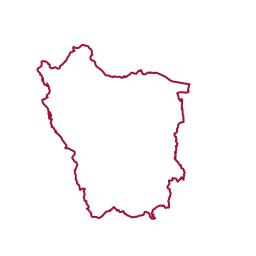 Barsesti, Vrancea, Romania (Mercator projection), rotated 161°
{"feature_id": "2599482B14345324048556", "entity_name": "Barsesti", "entity_type": "district", "adm_level": 2, "iso_a3": "ROU", "parent_name": "Romania", "parent_adm1": "Vrancea", "projection": "mercator", "projection_center": [26.754, 45.917], "detail": "fine", "context": "isolated", "style": "outline", "palette": "rose", "viewbox_px": 256, "rotation_deg": 161, "n_neighbors": 0, "source": "geoboundaries", "source_scale": "gbopen_adm2", "svg_char_len": 5831}
<svg xmlns="http://www.w3.org/2000/svg" viewBox="0 0 256 256"><g transform="rotate(161 128 128)"><path d="M190.4,214.4L193.2,213.8L194.5,213.0L194.7,212.4L194.7,211.5L194.2,210.1L193.2,208.3L193.7,207.1L192.8,206.5L192.7,205.6L192.6,204.8L192.8,204.3L192.6,204.0L192.3,202.2L192.5,201.5L192.9,201.0L193.5,201.3L193.5,200.1L193.2,199.9L192.9,199.2L193.0,197.6L192.8,197.2L192.8,196.2L191.1,195.0L191.0,194.2L190.5,193.8L190.0,194.4L190.0,195.3L189.9,195.6L189.6,194.8L189.6,191.7L190.0,190.7L189.7,189.4L189.8,188.8L191.1,186.7L194.1,185.4L194.6,184.3L194.1,183.3L197.8,182.3L198.7,182.7L199.9,182.5L200.3,180.0L200.2,178.6L197.5,173.1L197.5,171.7L197.8,169.6L197.7,168.9L196.9,168.7L196.8,168.1L197.0,167.9L198.0,168.2L198.7,167.5L198.5,166.9L197.1,166.6L196.6,166.3L196.5,166.1L196.4,165.1L197.0,164.4L198.4,165.5L198.6,165.5L199.3,163.9L199.2,162.2L198.8,162.3L198.8,162.7L198.5,163.0L198.3,163.0L198.2,162.5L198.5,162.1L197.7,162.1L197.1,161.1L197.7,160.2L198.9,159.1L198.9,158.4L199.6,157.3L199.3,156.2L199.3,155.4L199.1,154.7L199.8,153.9L199.5,153.4L198.6,153.0L198.2,152.1L198.0,150.4L197.5,149.4L198.1,148.0L197.7,147.4L197.7,147.9L197.1,147.9L197.2,146.5L195.8,144.6L195.5,143.2L194.8,142.3L194.2,141.0L194.3,139.8L193.9,139.0L194.0,137.6L193.5,136.8L192.9,134.5L191.9,132.2L191.8,131.7L192.1,131.1L192.8,130.1L193.7,129.7L193.7,129.3L192.7,128.7L191.4,128.4L190.8,128.0L186.3,123.0L186.7,121.0L188.2,119.7L189.2,119.2L190.2,118.4L190.4,118.0L190.2,116.6L189.5,114.5L189.6,114.0L188.0,112.3L188.2,111.7L187.9,111.2L188.0,109.4L189.6,107.8L190.1,106.9L192.1,105.4L191.9,105.1L192.0,104.6L192.9,102.6L192.8,100.1L194.1,96.7L193.9,95.7L193.9,94.6L193.7,93.8L193.7,93.3L194.2,92.3L194.1,91.8L192.9,89.8L192.9,89.4L193.4,86.2L193.4,85.1L192.3,85.4L190.5,85.4L190.0,85.3L188.7,84.5L189.4,83.5L190.5,82.7L190.3,79.7L190.7,79.0L191.3,78.6L191.6,77.9L192.4,77.2L192.4,74.8L192.8,73.5L191.1,72.1L191.9,70.6L191.9,70.1L190.9,67.3L191.0,65.6L193.0,65.0L191.7,62.7L191.3,61.1L190.7,60.0L190.6,59.0L191.1,58.0L191.3,56.8L190.8,55.8L190.3,55.3L189.1,55.1L186.9,54.2L185.1,52.4L183.3,52.4L182.0,53.0L181.0,53.0L180.1,53.7L176.7,55.6L175.1,55.9L171.9,55.5L171.7,56.2L171.5,56.3L170.2,56.2L169.7,56.7L167.3,57.8L166.6,57.1L166.2,55.7L165.7,55.2L165.3,53.5L164.8,53.3L164.4,53.7L163.9,53.7L163.4,53.0L163.3,51.5L162.6,51.0L161.0,50.7L159.9,51.1L159.5,50.8L159.3,50.6L159.2,48.4L159.1,48.0L158.0,47.4L157.6,46.2L157.3,45.8L155.6,44.5L153.7,42.5L151.6,41.9L149.5,41.6L148.7,41.2L145.1,41.4L144.0,40.9L142.6,41.0L141.9,40.8L141.0,41.3L139.6,43.1L138.8,43.1L135.9,40.7L135.8,40.3L135.8,38.9L136.1,37.4L136.1,36.8L135.7,35.8L135.1,34.5L133.3,33.8L132.8,34.0L131.9,33.8L131.8,34.2L133.1,35.1L132.5,36.0L132.7,36.3L133.2,36.6L132.7,36.8L132.3,37.5L133.2,37.4L133.3,37.6L133.5,38.1L133.3,38.8L133.4,39.3L133.3,39.7L132.7,40.4L131.9,40.7L131.7,41.7L130.7,42.6L129.8,42.7L126.3,44.0L123.3,44.3L121.7,43.7L121.0,43.6L120.7,43.5L120.6,43.0L119.4,42.8L119.0,41.1L118.6,40.2L116.6,40.1L115.5,39.5L115.2,39.7L114.6,40.8L114.1,42.2L113.8,43.4L113.7,45.8L112.3,47.4L112.0,48.3L111.5,48.5L111.2,49.1L110.5,49.7L110.3,50.3L109.7,50.8L108.8,52.7L108.8,53.3L109.2,54.0L109.2,54.4L108.4,56.3L109.8,57.9L110.0,59.1L109.5,60.0L108.0,60.9L107.0,61.7L106.9,62.2L106.9,62.9L106.6,63.6L106.6,64.4L106.4,64.9L103.7,64.2L102.8,64.3L102.6,65.3L102.2,66.0L99.7,64.9L99.1,64.6L98.4,61.2L95.0,62.7L94.3,63.7L93.8,63.9L93.5,63.5L93.1,63.3L93.1,63.1L92.9,63.1L93.1,62.3L92.3,61.3L91.6,63.1L91.1,63.5L91.2,64.1L90.2,64.8L90.1,65.2L90.3,65.9L88.9,67.3L88.9,68.3L89.2,68.9L89.1,70.0L88.9,70.5L89.2,71.1L89.3,71.6L90.6,72.8L90.6,73.4L90.0,75.2L91.1,76.1L91.0,76.6L92.0,78.8L92.1,80.0L92.8,81.1L93.2,82.3L93.8,83.2L93.9,83.9L93.7,84.3L92.9,84.3L92.9,84.5L93.1,85.2L91.8,86.3L91.8,87.6L91.5,88.3L90.9,88.9L91.5,89.4L91.5,89.8L89.9,90.7L89.6,91.3L89.5,92.0L88.7,93.6L88.9,95.0L88.5,95.3L87.5,95.2L87.3,95.3L87.4,95.8L87.1,96.5L86.7,96.7L86.4,97.1L87.0,99.7L86.9,100.4L85.9,101.1L85.9,102.8L85.5,103.6L85.5,104.1L86.3,104.8L86.0,107.5L84.1,107.8L82.6,108.6L82.1,110.9L80.3,112.7L79.6,114.3L78.6,115.5L76.1,116.0L73.5,115.6L71.7,121.6L72.0,122.2L70.3,128.8L70.8,128.8L70.0,131.2L67.5,136.9L67.9,137.7L68.3,137.9L69.0,136.5L69.6,136.6L70.0,137.3L70.0,138.3L70.5,139.4L70.0,141.5L70.1,142.9L70.0,144.0L70.1,144.8L69.3,145.1L66.4,144.7L60.8,142.2L60.3,142.5L59.2,142.4L58.8,142.6L58.9,143.8L58.7,144.8L55.7,149.3L71.0,157.7L73.0,159.8L74.6,162.3L76.5,164.9L82.6,170.6L84.1,171.4L85.7,171.4L88.2,173.0L88.6,172.7L89.2,172.8L90.5,173.9L94.5,173.2L95.6,173.6L96.6,174.5L96.5,176.0L97.0,177.3L96.8,177.9L96.8,178.3L97.4,178.2L97.9,178.5L98.7,178.1L99.8,178.4L102.5,176.6L103.7,177.1L106.0,179.0L106.5,179.0L107.8,178.7L108.8,178.0L112.0,177.4L112.7,176.8L113.7,177.6L114.3,177.2L114.9,178.0L115.4,177.4L116.1,177.8L117.0,177.3L117.5,177.7L118.0,177.7L118.6,178.7L119.7,179.4L122.2,180.1L124.5,181.5L125.2,181.0L125.7,181.0L127.0,182.0L128.3,182.7L128.6,183.4L129.4,184.1L131.3,184.6L132.5,186.1L132.9,188.2L134.0,190.8L137.7,196.6L138.1,198.1L137.8,200.8L138.0,201.9L138.8,203.0L140.0,203.4L140.7,204.6L140.9,205.8L140.6,207.0L140.3,207.4L139.6,208.1L138.1,208.7L137.9,209.0L137.7,210.9L137.1,212.6L137.3,214.1L138.5,216.1L138.8,216.8L138.8,217.8L139.0,218.1L142.9,220.8L143.8,221.2L145.0,221.3L148.0,219.9L149.6,219.9L151.5,220.9L152.8,222.2L153.5,222.1L153.9,220.8L153.9,219.8L153.4,218.6L153.5,218.4L154.8,218.7L155.5,218.1L156.4,218.0L157.2,218.2L158.3,217.9L159.8,215.9L160.7,215.4L162.2,214.4L162.6,213.6L163.5,213.0L164.7,211.7L165.3,211.3L166.1,211.5L166.8,210.8L169.5,209.4L171.7,208.8L173.2,206.8L174.9,206.8L176.4,208.7L177.2,209.2L179.7,209.0L181.1,209.4L181.6,210.1L182.0,211.3L181.9,212.1L181.4,213.6L182.6,214.6L182.7,215.9L184.4,217.8L185.8,218.4L186.6,219.0L188.1,218.9L188.4,218.3L188.6,216.9L189.4,215.3L190.4,214.4Z" fill="none" stroke="#9f1239" stroke-width="2"/></g></svg>